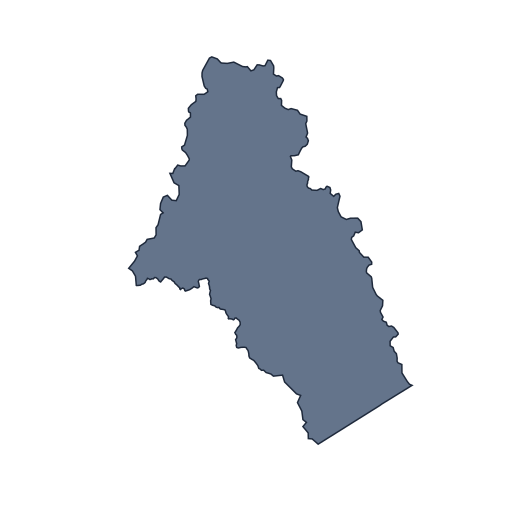 the district of Ravalli, Montana, United States of America, rotated 148°
{"feature_id": "52423323B8575592965012", "entity_name": "Ravalli", "entity_type": "district", "adm_level": 2, "iso_a3": "USA", "parent_name": "United States of America", "parent_adm1": "Montana", "projection": "albers", "projection_center": [-114.064, 46.06], "detail": "fine", "context": "isolated", "style": "filled", "palette": "slate", "viewbox_px": 512, "rotation_deg": 148, "n_neighbors": 0, "source": "geoboundaries", "source_scale": "gbopen_adm2", "svg_char_len": 4592}
<svg xmlns="http://www.w3.org/2000/svg" viewBox="0 0 512 512"><g transform="rotate(148 256 256)"><path d="M279.2,372.8L282.8,370.1L285.2,371.7L286.7,361.5L284.1,356.6L288.5,348.9L294.3,345.2L297.8,347.9L299.0,354.4L303.4,355.1L309.1,351.1L312.9,346.2L311.9,341.8L314.9,341.8L322.5,334.4L325.8,333.0L329.5,326.9L332.8,325.2L339.5,327.8L342.4,326.2L349.6,325.9L352.1,322.9L356.3,323.0L356.5,318.9L361.7,316.0L370.5,313.0L368.7,308.9L368.9,302.7L373.1,294.5L372.8,294.1L372.1,293.8L371.2,293.3L369.5,292.5L367.8,292.6L366.6,292.1L365.5,292.1L364.1,292.3L362.7,293.3L360.7,294.0L359.9,294.6L359.0,293.5L358.7,292.5L357.6,291.9L356.6,292.0L355.2,291.0L353.5,291.5L352.3,290.7L351.5,288.7L351.5,287.2L351.4,285.9L350.6,284.5L349.9,284.8L347.9,285.4L346.3,285.9L344.8,286.6L343.1,285.6L341.7,282.8L340.3,281.5L340.1,279.7L339.1,277.5L339.2,275.6L338.5,273.6L338.2,272.1L337.9,270.6L337.5,269.5L338.1,268.5L337.7,267.5L336.9,267.9L335.0,267.6L334.2,266.0L334.7,264.5L334.5,263.7L332.7,263.2L330.1,262.6L327.6,262.6L324.9,262.9L324.1,261.8L322.7,260.0L321.4,259.7L320.1,260.2L319.5,261.9L319.0,263.1L318.5,264.9L317.6,265.7L316.3,266.0L315.0,265.1L313.5,264.9L311.1,264.0L310.1,263.8L309.0,262.6L309.3,261.6L309.0,259.4L310.8,257.9L311.4,255.3L312.1,253.8L312.8,252.5L312.8,251.0L314.6,249.2L315.7,248.1L316.0,246.5L316.8,243.5L318.2,242.1L319.9,238.9L319.0,237.3L317.4,235.6L316.9,233.7L315.6,232.3L314.7,232.1L314.5,231.3L314.6,230.6L314.0,229.5L313.1,228.9L311.8,227.7L310.9,226.8L311.1,225.2L311.6,223.8L311.7,222.2L311.6,220.9L311.5,219.1L312.1,218.3L312.6,217.8L312.5,217.1L311.9,216.9L310.6,216.0L309.5,214.9L309.1,213.9L308.2,213.8L306.8,214.5L305.6,213.9L305.2,212.4L304.4,210.6L304.5,208.4L305.7,206.2L307.7,205.3L309.7,204.8L311.4,203.8L313.5,202.7L314.5,202.3L314.7,200.3L314.4,199.1L315.1,197.4L315.9,196.6L317.6,195.9L318.8,192.0L320.2,190.6L320.8,188.7L319.8,187.4L317.0,186.4L314.2,184.8L312.9,183.6L313.0,181.7L312.8,180.1L313.4,178.3L314.0,176.7L315.0,174.9L315.4,172.9L314.3,170.6L313.2,168.6L312.8,165.7L312.5,162.2L313.2,159.2L312.3,157.7L312.0,156.2L310.0,155.1L309.2,151.8L307.3,149.7L305.9,148.0L305.7,147.4L304.9,144.9L296.6,140.9L298.5,134.0L294.7,117.6L292.0,114.1L298.5,109.7L299.3,100.2L302.9,92.4L301.4,88.2L306.6,86.5L305.5,78.3L308.4,73.4L305.3,71.1L303.0,63.5L230.4,63.6L227.6,63.8L192.2,63.6L193.8,65.9L194.2,69.3L194.2,79.5L189.8,86.7L192.2,90.2L192.2,91.4L192.1,92.1L190.4,94.6L188.7,98.8L189.3,102.0L188.2,105.7L189.8,108.8L187.5,112.6L182.4,114.5L180.4,113.4L176.8,114.4L176.3,115.6L177.0,122.4L178.2,124.8L180.7,125.8L181.5,127.8L180.6,130.8L182.5,133.2L182.9,135.5L180.6,136.9L180.3,142.2L179.6,143.9L175.1,146.7L171.9,151.2L174.3,157.8L174.5,159.7L173.9,165.7L173.7,167.6L169.7,175.7L169.3,177.3L171.1,183.0L170.7,184.3L168.9,186.6L167.5,187.5L164.9,188.4L162.3,187.7L161.1,189.5L161.5,195.5L165.2,197.9L166.4,204.3L165.7,205.7L167.0,210.2L166.4,219.5L165.0,221.1L162.5,221.3L159.2,223.6L156.8,221.4L152.0,221.8L148.8,229.5L149.7,234.2L155.9,238.0L160.0,239.1L163.1,244.1L162.7,250.0L161.4,253.9L155.4,259.9L153.1,262.2L152.7,265.2L155.6,266.1L158.5,265.4L159.9,269.8L157.7,272.4L157.0,274.9L158.8,277.5L160.2,277.3L161.7,276.2L163.8,276.7L165.4,279.0L169.4,279.3L173.7,282.3L174.2,284.4L175.5,285.8L175.8,287.6L175.2,289.3L173.6,290.5L172.7,291.9L171.0,293.1L170.1,294.5L169.3,295.0L169.3,295.8L173.3,303.6L175.2,306.1L177.3,306.8L179.0,310.7L178.8,312.9L174.8,318.4L174.1,322.2L173.3,322.5L170.3,320.7L166.5,319.4L163.0,321.6L160.2,323.2L158.4,323.7L156.1,323.0L153.3,323.6L150.5,326.0L150.0,328.5L150.5,330.4L147.1,332.9L143.7,341.9L141.3,343.5L138.9,347.5L143.4,353.0L143.6,357.6L148.1,362.4L151.1,363.1L153.2,366.1L154.6,370.2L151.8,374.4L151.6,376.4L153.7,377.7L153.6,381.1L151.8,384.4L148.5,387.4L146.8,386.4L145.5,387.0L139.8,390.4L139.2,391.2L139.3,393.0L141.3,397.0L143.3,397.8L144.8,401.0L141.3,406.0L140.3,407.9L140.1,414.1L142.2,415.8L147.5,412.6L149.3,413.4L151.9,416.3L153.7,417.5L159.2,415.0L162.2,415.7L163.0,421.2L164.3,421.7L167.0,423.8L172.1,432.2L178.2,434.5L182.7,437.7L183.4,438.5L184.4,443.7L188.0,448.3L190.6,448.5L202.8,441.7L204.7,439.9L206.7,436.8L209.8,427.7L209.8,424.9L208.9,423.4L209.8,420.8L214.3,420.6L219.8,424.1L222.2,423.8L223.6,420.9L225.1,419.0L230.7,418.6L235.1,417.1L236.5,414.6L236.6,413.4L235.8,412.3L236.0,411.7L238.0,408.5L243.0,407.9L246.0,406.3L247.0,404.5L246.8,402.2L247.1,399.9L250.3,394.6L257.9,387.9L261.2,387.9L262.1,386.2L262.3,384.9L260.9,381.0L260.8,377.5L261.1,373.7L261.9,372.7L268.4,370.0L272.1,372.2L274.2,374.6L279.2,372.7L279.2,372.8Z" fill="#64748b" stroke="#1e293b" stroke-width="1.5"/></g></svg>